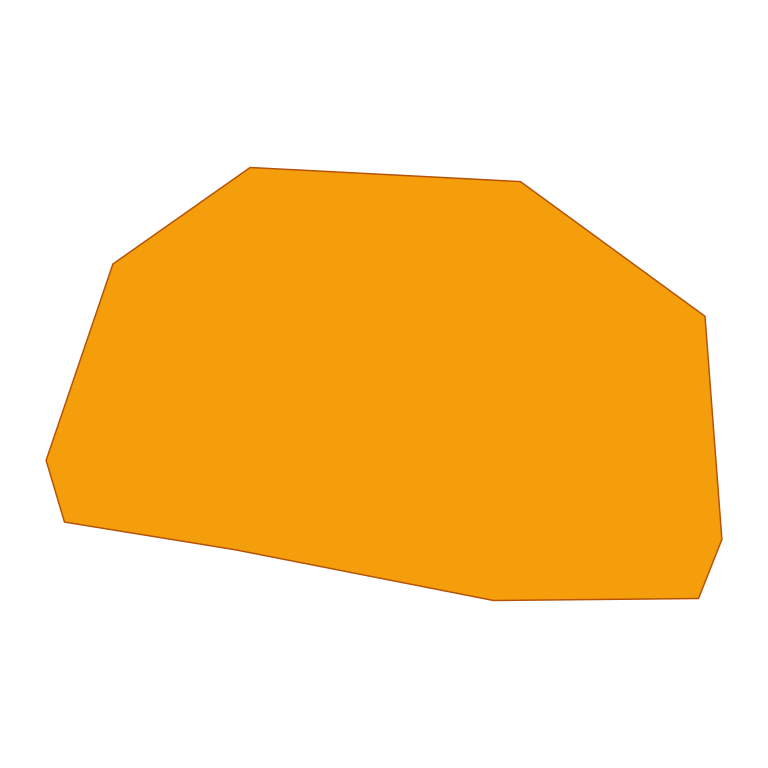 map outline of Cook Islands (Mercator projection)
{"feature_id": "COK", "entity_name": "Cook Islands", "entity_type": "country or territory", "adm_level": 0, "iso_a3": "COK", "parent_name": "Oceania", "parent_adm1": "", "projection": "mercator", "projection_center": [-159.785, -21.218], "detail": "fine", "context": "isolated", "style": "filled", "palette": "amber", "viewbox_px": 768, "rotation_deg": 0, "n_neighbors": 0, "source": "natural_earth", "source_scale": "50m", "svg_char_len": 262}
<svg xmlns="http://www.w3.org/2000/svg" viewBox="0 0 768 768"><path d="M698.5,598.5L493.5,600.5L234.2,549.6L64.5,522.1L46.1,460.4L112.9,264.0L250.1,167.5L520.4,181.6L705.0,316.3L721.9,539.5L698.5,598.5Z" fill="#f59e0b" stroke="#b45309" stroke-width="1.5"/></svg>